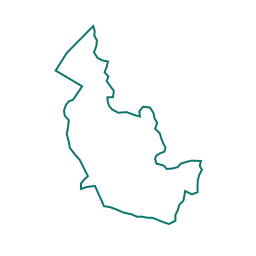 the district of São José do Hortêncio, Rio Grande do Sul, Brazil, rotated 292°
{"feature_id": "56859067B73471401384793", "entity_name": "São José do Hortêncio", "entity_type": "district", "adm_level": 2, "iso_a3": "BRA", "parent_name": "Brazil", "parent_adm1": "Rio Grande do Sul", "projection": "equal_earth", "projection_center": [-51.253, -29.536], "detail": "fine", "context": "isolated", "style": "outline", "palette": "teal", "viewbox_px": 256, "rotation_deg": 292, "n_neighbors": 0, "source": "geoboundaries", "source_scale": "gbopen_adm2", "svg_char_len": 1264}
<svg xmlns="http://www.w3.org/2000/svg" viewBox="0 0 256 256"><g transform="rotate(292 128 128)"><path d="M53.9,107.3L57.9,111.9L61.9,119.1L46.5,135.1L47.9,140.7L48.1,147.9L47.9,155.6L49.3,163.4L49.1,169.6L51.0,173.9L52.0,179.3L53.8,184.2L54.0,189.2L53.9,194.7L54.3,201.9L59.8,206.7L64.9,204.6L70.6,204.9L76.3,204.4L81.3,206.6L86.6,205.6L91.0,204.6L90.4,212.2L94.6,216.6L99.8,214.4L105.4,212.4L111.0,211.6L116.9,212.2L119.7,208.7L124.7,208.0L121.5,199.1L118.5,194.9L114.8,190.4L110.3,188.7L107.0,184.2L104.5,179.3L106.6,174.9L105.6,167.9L109.5,164.6L113.1,164.7L116.6,167.3L119.7,170.6L123.8,170.1L126.7,166.8L130.6,162.9L135.0,159.4L137.5,153.4L143.7,153.1L147.1,148.8L151.6,145.9L155.2,140.6L153.3,133.9L147.7,132.3L143.1,134.7L142.4,128.7L142.2,120.8L138.5,113.3L139.2,106.5L141.1,102.5L144.7,99.4L148.7,97.4L151.0,102.5L157.1,101.0L160.4,95.5L163.5,90.6L168.4,90.5L170.9,85.4L176.4,85.4L182.2,84.5L181.1,79.6L181.5,73.6L185.4,68.1L192.5,67.9L197.7,66.3L201.1,62.1L205.4,60.8L209.5,57.6L174.7,43.1L154.1,39.4L149.5,69.9L133.6,66.5L130.5,63.1L126.0,61.8L120.3,62.1L115.6,64.8L113.1,70.2L108.0,71.6L104.0,72.6L99.7,73.3L92.7,78.5L87.9,81.4L83.5,88.8L80.5,95.0L68.3,108.9L64.4,106.8L58.7,105.2L53.9,107.3Z" fill="none" stroke="#0f766e" stroke-width="2"/></g></svg>